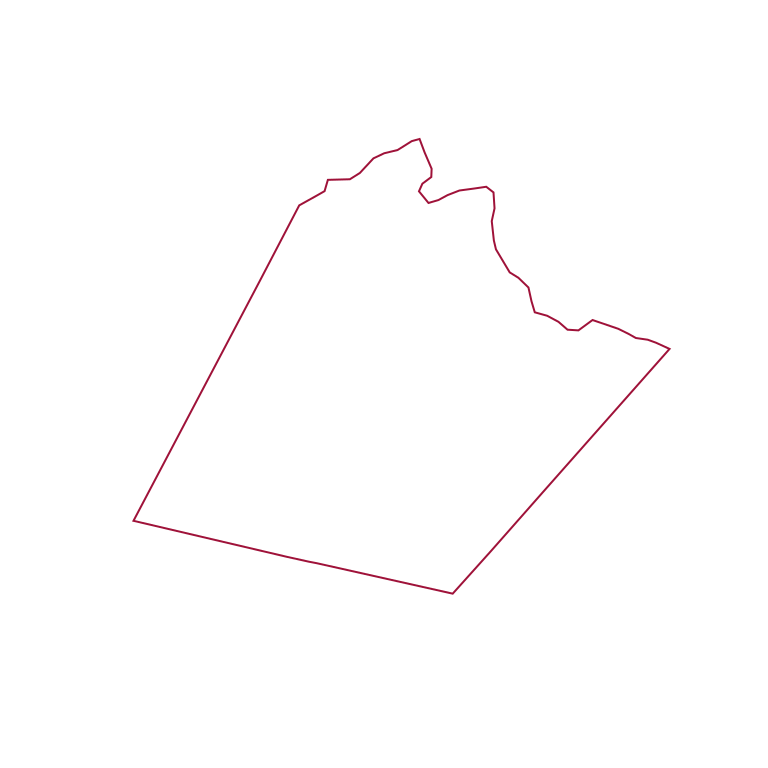 Sítio Novo, Rio Grande do Norte, Brazil, rotated 161°
{"feature_id": "56859067B95659926352869", "entity_name": "Sítio Novo", "entity_type": "district", "adm_level": 2, "iso_a3": "BRA", "parent_name": "Brazil", "parent_adm1": "Rio Grande do Norte", "projection": "albers", "projection_center": [-35.966, -6.091], "detail": "fine", "context": "isolated", "style": "outline", "palette": "rose", "viewbox_px": 768, "rotation_deg": 161, "n_neighbors": 0, "source": "geoboundaries", "source_scale": "gbopen_adm2", "svg_char_len": 790}
<svg xmlns="http://www.w3.org/2000/svg" viewBox="0 0 768 768"><g transform="rotate(161 384 384)"><path d="M102.6,324.2L113.4,334.5L120.2,340.0L130.9,345.5L136.4,351.7L144.5,359.9L166.0,376.6L182.7,371.4L192.8,375.6L198.8,386.0L207.5,395.4L218.1,402.7L217.6,414.3L216.0,428.2L222.3,440.6L228.8,448.6L234.3,474.9L233.4,483.9L229.1,502.9L222.3,514.1L218.1,529.5L223.1,537.2L234.8,539.4L249.7,542.4L262.4,541.9L272.7,540.2L283.0,540.7L288.2,554.8L282.5,560.9L271.9,564.3L268.9,572.0L270.2,589.7L270.6,604.1L278.7,604.6L295.0,600.8L308.7,602.1L320.5,600.8L338.1,591.4L349.6,588.7L370.6,595.3L377.4,585.7L385.9,584.1L406.0,580.5L468.5,521.3L665.4,336.2L532.4,252.4L512.8,240.4L506.0,236.5L387.3,163.4L337.1,191.3L269.7,229.6L102.6,324.2Z" fill="none" stroke="#9f1239" stroke-width="2"/></g></svg>